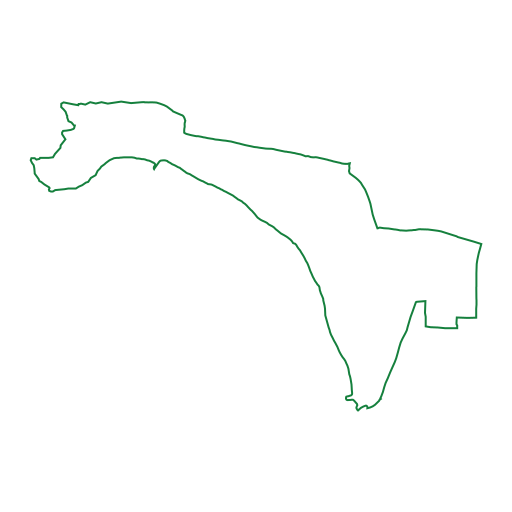 Pigeon Island, Gros Islet, Saint Lucia (Albers equal-area conic projection)
{"feature_id": "8701671B47246158509977", "entity_name": "Pigeon Island", "entity_type": "district", "adm_level": 2, "iso_a3": "LCA", "parent_name": "Saint Lucia", "parent_adm1": "Gros Islet", "projection": "albers", "projection_center": [-60.958, 14.089], "detail": "fine", "context": "isolated", "style": "outline", "palette": "green", "viewbox_px": 512, "rotation_deg": 0, "n_neighbors": 0, "source": "geoboundaries", "source_scale": "gbopen_adm2", "svg_char_len": 6059}
<svg xmlns="http://www.w3.org/2000/svg" viewBox="0 0 512 512"><path d="M481.3,244.0L474.0,241.7L457.7,237.0L456.6,236.3L453.4,235.3L441.1,231.4L438.0,230.8L435.1,230.4L428.1,229.5L424.7,229.4L421.2,229.3L420.2,229.2L418.6,229.3L415.2,230.0L413.8,230.0L411.7,230.3L409.2,230.4L406.3,230.7L403.1,230.5L401.3,230.4L400.2,230.4L397.5,229.8L395.5,229.5L394.2,229.4L388.6,228.5L383.7,228.2L380.5,227.7L379.2,227.7L377.9,228.3L377.4,228.3L374.2,219.3L372.7,214.6L370.4,203.7L369.6,201.2L368.1,196.9L366.1,191.9L365.0,189.4L363.9,187.7L361.9,184.6L361.0,183.0L360.5,182.4L359.3,181.1L357.9,179.7L355.7,177.8L349.7,173.4L349.0,171.1L349.5,168.1L349.2,165.8L349.8,163.3L348.7,163.5L347.5,163.9L346.5,163.9L345.4,163.9L345.2,163.8L344.2,163.8L342.8,163.6L342.0,163.5L339.9,162.8L338.3,162.5L336.6,162.1L334.8,161.7L333.4,161.4L331.8,160.9L329.9,160.4L328.9,160.2L327.4,159.7L326.0,159.4L323.9,158.9L321.6,158.4L320.2,158.1L319.2,157.9L317.6,157.5L315.8,157.2L314.4,157.3L312.8,157.3L310.8,157.1L309.0,156.4L308.0,156.1L305.6,156.3L303.4,155.4L301.5,154.7L300.2,154.3L298.9,154.1L297.5,153.8L296.1,153.5L294.7,153.1L293.2,152.9L290.3,152.3L287.9,152.0L285.9,151.6L285.4,151.7L276.2,149.8L273.6,149.1L271.6,148.8L268.5,148.7L266.0,148.6L259.3,147.7L257.1,147.3L254.2,147.0L251.1,146.3L247.1,145.5L244.8,145.0L241.3,144.1L239.1,143.5L237.1,143.1L235.6,142.7L231.0,141.5L228.8,141.2L225.8,140.7L222.7,140.4L218.5,139.8L215.3,139.5L212.8,138.9L210.7,138.6L210.1,138.5L207.5,138.1L204.9,137.5L203.4,137.3L201.4,136.8L198.1,136.2L196.4,136.2L194.7,135.9L190.9,135.1L186.3,133.9L185.1,133.3L184.2,132.7L184.2,130.2L184.4,128.2L184.7,126.9L184.6,124.2L184.7,122.9L185.0,122.1L185.3,120.6L185.0,120.0L184.7,118.8L184.0,117.2L183.5,116.4L182.5,115.4L181.6,115.1L176.9,113.1L173.0,111.4L172.2,110.5L167.9,107.3L166.8,106.5L164.2,105.2L160.1,103.7L156.6,102.6L154.2,102.4L150.8,102.3L148.9,102.4L144.6,102.3L144.1,102.1L141.8,102.2L131.1,103.1L121.2,101.6L107.8,103.6L101.5,102.2L95.8,103.5L90.2,102.2L85.3,104.6L81.2,103.7L80.7,103.7L79.8,104.0L78.6,104.0L78.3,105.2L73.1,104.3L63.6,102.4L61.3,103.7L61.2,107.1L63.6,109.4L65.6,111.8L66.9,115.5L67.2,115.8L67.2,117.5L68.5,121.2L71.5,122.5L74.1,125.6L74.8,125.6L74.1,128.2L73.5,128.9L70.8,129.9L66.5,130.6L63.1,130.9L62.1,132.5L62.1,134.2L65.4,139.3L60.7,145.3L60.4,147.9L55.0,153.9L53.0,157.3L48.4,157.9L40.1,157.9L39.4,158.9L36.4,159.6L34.7,158.2L31.4,158.2L30.7,160.2L32.0,162.9L33.7,165.2L34.3,168.3L34.7,173.0L34.7,173.6L38.6,179.0L39.3,181.0L41.3,182.0L44.3,184.4L49.2,187.4L49.6,188.1L48.9,189.4L49.2,190.8L50.9,191.5L52.9,191.5L55.2,190.1L64.5,189.2L68.5,188.5L75.9,188.5L78.9,186.6L82.2,185.2L85.9,182.6L88.2,181.9L90.9,177.9L95.6,175.2L96.2,173.9L97.6,170.9L99.9,168.6L101.3,166.6L104.6,164.2L105.6,163.2L107.3,161.9L109.6,160.2L110.9,159.6L114.0,158.2L116.6,157.9L118.9,157.9L119.3,157.8L120.3,157.6L120.9,157.6L124.3,157.3L131.6,157.3L134.4,157.7L136.7,158.5L138.4,158.5L140.4,158.8L141.7,159.1L143.0,159.1L144.2,159.3L145.2,159.5L146.6,160.1L147.7,160.4L148.9,160.6L149.7,160.9L151.9,161.9L152.5,162.4L153.5,162.6L154.2,163.2L154.8,163.7L155.1,164.2L155.1,164.9L154.6,165.9L154.0,166.8L153.8,167.9L153.9,168.8L154.1,169.1L154.4,168.5L154.7,168.1L155.7,166.7L159.2,161.8L159.9,161.1L160.8,160.6L162.5,160.4L163.4,160.3L164.3,160.3L165.0,160.4L165.7,160.5L166.5,160.8L167.3,161.0L168.2,161.9L170.4,163.0L172.1,164.2L173.8,164.9L175.3,165.6L178.1,167.2L179.8,167.8L181.1,168.9L182.3,169.7L183.7,170.8L184.9,171.6L186.1,172.6L187.5,173.4L188.6,173.7L190.1,174.3L192.1,175.6L193.2,176.2L198.0,179.1L199.8,180.0L201.5,180.8L203.2,181.4L204.9,182.4L207.1,183.5L208.0,184.1L209.8,184.3L211.2,184.5L212.1,184.8L215.7,186.6L217.4,187.6L219.4,188.4L220.8,189.3L222.1,189.8L224.0,191.0L225.9,191.8L227.7,192.8L231.7,194.9L233.0,195.6L234.8,197.0L236.4,198.1L238.0,199.4L239.5,200.1L241.9,201.4L243.2,202.7L244.9,203.8L246.6,205.4L248.1,207.1L250.6,209.7L252.0,210.9L255.0,214.3L255.9,215.5L256.7,216.5L257.6,217.6L260.5,219.7L262.2,220.6L265.1,221.9L267.0,222.9L268.8,224.5L272.1,226.2L273.8,227.3L275.8,229.3L277.6,230.7L278.8,231.7L281.0,233.5L283.0,234.6L284.1,235.2L286.3,236.5L287.5,237.3L288.9,238.4L290.3,239.5L291.4,240.6L292.2,241.6L293.1,243.1L295.2,243.8L296.3,245.0L297.3,246.8L298.6,248.7L300.0,250.3L301.2,252.4L303.4,255.9L304.8,258.5L305.8,260.7L307.3,263.1L308.2,265.2L309.3,268.1L310.3,271.0L311.8,274.3L312.8,276.7L314.2,279.3L315.0,280.9L316.3,282.7L317.6,284.7L318.6,285.6L319.4,287.1L319.9,290.4L320.4,291.8L320.8,293.2L322.2,296.3L323.2,298.8L323.3,300.5L324.6,305.8L325.0,308.6L325.1,310.8L325.2,313.1L325.3,315.4L327.1,321.9L328.6,327.3L329.6,330.1L329.8,331.1L330.0,332.0L331.0,334.7L332.8,338.2L334.0,340.7L335.4,343.1L336.5,345.2L337.4,346.9L338.9,350.6L339.8,352.5L341.2,355.0L342.6,357.2L344.2,359.2L345.4,361.1L346.4,363.5L347.4,365.6L348.4,368.7L348.9,371.8L349.3,374.3L350.0,376.3L350.6,379.0L351.5,384.5L351.7,387.8L351.8,389.8L352.1,392.8L352.1,394.0L351.9,394.5L351.5,395.0L350.8,395.5L349.9,395.7L348.5,396.2L347.3,396.4L346.3,396.7L346.1,397.3L346.0,398.0L346.0,398.8L346.6,399.8L347.5,400.1L350.8,399.9L352.0,399.7L353.0,399.8L353.6,400.2L354.8,401.4L355.8,402.6L356.9,403.8L357.1,404.4L357.3,405.2L356.7,406.6L356.4,407.6L356.5,408.3L357.2,409.6L357.8,410.4L358.3,410.4L358.9,409.6L361.0,407.8L363.4,406.5L365.5,405.7L366.3,405.7L367.1,406.3L367.5,407.5L367.4,408.2L370.1,407.5L372.8,406.3L375.0,404.8L379.1,400.8L379.4,400.2L379.5,399.8L380.8,398.9L380.3,398.4L381.2,396.5L382.9,392.0L384.2,387.3L385.6,383.0L387.8,378.2L390.2,372.3L394.8,362.0L396.2,358.3L397.8,352.7L399.2,347.4L400.7,342.5L402.5,338.6L405.4,333.2L406.8,330.3L407.6,327.1L410.6,316.9L412.7,311.2L414.3,306.7L415.9,302.2L416.7,301.8L425.4,301.1L425.0,312.9L425.7,316.8L425.7,326.4L430.5,327.2L437.8,327.5L445.1,328.2L457.2,328.2L457.2,325.4L456.5,324.3L456.5,322.2L456.8,317.5L467.5,317.9L476.2,317.7L476.2,308.7L476.5,304.7L476.5,300.2L476.4,298.6L476.3,287.1L476.4,286.7L476.4,280.4L476.4,273.3L476.7,264.0L477.3,260.0L478.2,255.7L478.9,252.6L480.0,248.8L481.3,244.0Z" fill="none" stroke="#15803d" stroke-width="2"/></svg>